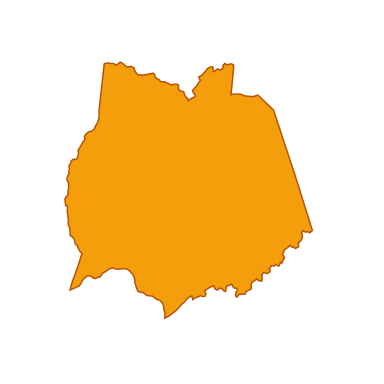 Cabrobó, Pernambuco, Brazil, rotated 20°
{"feature_id": "56859067B41088445871412", "entity_name": "Cabrobó", "entity_type": "district", "adm_level": 2, "iso_a3": "BRA", "parent_name": "Brazil", "parent_adm1": "Pernambuco", "projection": "equal_earth", "projection_center": [-39.345, -8.388], "detail": "fine", "context": "isolated", "style": "filled", "palette": "amber", "viewbox_px": 384, "rotation_deg": 20, "n_neighbors": 0, "source": "geoboundaries", "source_scale": "gbopen_adm2", "svg_char_len": 3474}
<svg xmlns="http://www.w3.org/2000/svg" viewBox="0 0 384 384"><g transform="rotate(20 192 192)"><path d="M318.3,187.0L281.6,139.1L255.1,105.6L250.9,100.2L240.5,87.0L234.3,84.4L229.0,82.0L220.7,78.4L217.4,81.1L215.3,81.9L209.4,83.6L203.8,83.5L197.1,86.0L195.3,87.2L194.1,82.3L193.4,79.5L188.6,60.8L187.3,58.2L184.8,58.2L182.9,59.5L181.3,60.8L179.0,59.8L177.9,62.2L178.6,65.3L177.5,67.0L175.9,68.3L174.3,67.4L172.9,68.7L172.2,70.9L170.6,71.6L169.8,69.5L168.7,67.4L166.4,68.3L164.2,70.9L163.6,73.8L162.2,76.3L161.7,78.2L160.5,79.9L159.0,81.4L160.3,83.2L161.9,84.6L161.0,86.1L160.5,88.4L160.1,90.7L158.9,93.6L157.8,96.4L159.4,98.5L161.4,99.2L162.1,101.7L160.4,103.2L159.1,104.5L158.3,106.2L157.3,107.5L155.9,105.5L153.8,104.9L151.7,103.1L149.8,100.6L147.6,101.0L145.7,100.4L144.1,100.0L143.4,98.1L142.8,96.3L140.7,95.9L137.9,96.9L136.1,98.7L134.2,98.3L132.6,98.0L130.4,98.4L128.9,97.6L127.3,98.4L124.8,99.0L122.4,97.6L120.3,97.4L118.8,96.9L117.5,95.9L116.7,94.3L114.7,93.6L112.8,95.1L111.4,95.5L110.0,96.9L107.8,97.6L105.8,99.1L104.1,99.3L102.7,99.9L101.3,100.4L98.6,99.0L96.3,97.1L95.5,95.5L93.4,94.9L90.9,95.1L89.1,96.4L87.1,96.5L85.1,95.9L83.1,94.8L80.1,94.6L78.9,96.6L77.6,98.5L75.7,98.5L73.7,98.1L72.1,99.0L69.4,99.5L66.9,100.3L65.7,101.7L76.9,147.8L78.0,150.2L78.9,153.0L79.5,156.9L79.5,158.9L78.8,163.0L78.5,166.7L76.2,169.9L74.4,170.7L72.5,173.9L71.9,176.6L73.3,179.1L72.2,183.4L71.6,187.4L70.7,191.5L72.3,194.8L72.6,198.4L72.1,200.9L69.1,201.9L67.9,204.2L68.1,206.4L67.4,209.4L68.9,212.0L69.0,213.9L70.3,217.1L69.7,219.0L69.8,221.4L70.2,223.4L72.3,224.9L74.4,229.1L75.2,233.6L76.3,236.7L75.5,239.7L74.9,241.7L76.0,244.2L77.9,247.9L79.6,247.8L80.5,249.1L81.1,252.4L82.3,254.4L84.4,258.8L85.8,261.2L86.5,264.6L88.1,266.1L89.1,267.3L91.5,272.2L92.4,274.5L95.3,275.1L97.8,277.0L99.0,279.1L100.4,281.0L102.6,281.6L104.0,283.4L106.3,285.7L109.7,287.6L110.2,303.7L110.2,313.3L110.2,317.6L110.4,320.1L110.9,325.8L113.4,323.5L118.1,318.8L118.8,316.9L119.3,312.6L120.0,310.3L122.5,306.5L126.2,305.7L128.7,306.7L130.5,306.6L132.2,304.9L134.2,303.5L135.1,302.1L135.6,299.1L138.7,295.4L140.5,292.6L143.6,290.4L147.6,290.4L154.4,287.2L157.5,286.7L160.5,287.6L165.0,290.0L166.9,292.1L168.7,294.6L168.9,296.5L170.1,297.6L171.8,300.0L175.1,303.9L178.2,303.7L180.6,303.3L184.4,304.5L186.4,304.5L190.2,303.3L195.0,304.9L199.5,304.9L202.8,306.9L203.9,308.3L205.3,311.3L208.3,315.4L209.5,320.0L213.0,316.1L217.6,308.8L219.5,304.1L220.7,301.1L222.7,297.8L223.3,295.5L224.7,292.6L227.3,289.7L229.7,292.9L231.1,290.4L233.0,289.0L234.2,288.0L235.1,286.4L237.4,286.7L239.7,285.7L240.0,283.0L237.7,280.4L241.0,275.9L243.1,273.9L244.6,272.7L246.5,275.1L249.1,275.5L251.2,272.9L252.6,272.3L255.3,273.8L257.6,274.1L256.6,268.7L258.6,267.4L260.7,265.0L264.2,267.9L266.6,267.2L267.9,267.8L268.1,269.9L267.7,271.9L268.5,274.7L270.1,275.4L271.2,272.1L273.4,271.0L276.7,270.0L276.8,267.0L278.6,265.4L280.8,262.8L279.5,259.5L279.0,256.7L281.2,254.0L282.4,251.5L284.3,252.2L286.3,252.4L287.9,251.9L287.8,249.9L285.9,246.2L286.7,243.0L289.2,243.0L290.7,242.9L291.9,241.3L292.6,239.5L290.7,237.6L292.0,234.0L294.7,233.4L295.4,231.4L297.4,231.8L299.0,231.9L299.3,227.7L300.7,228.1L300.9,225.2L301.4,222.0L299.8,220.6L298.1,219.8L298.9,217.4L298.5,214.8L300.3,212.6L302.3,208.6L303.9,209.5L306.4,209.2L308.5,209.8L310.9,207.0L309.4,203.6L310.8,200.7L311.2,198.0L310.8,195.4L309.2,193.6L309.4,190.6L312.5,190.9L314.2,189.7L316.6,190.1L318.3,187.0Z" fill="#f59e0b" stroke="#b45309" stroke-width="1.5"/></g></svg>